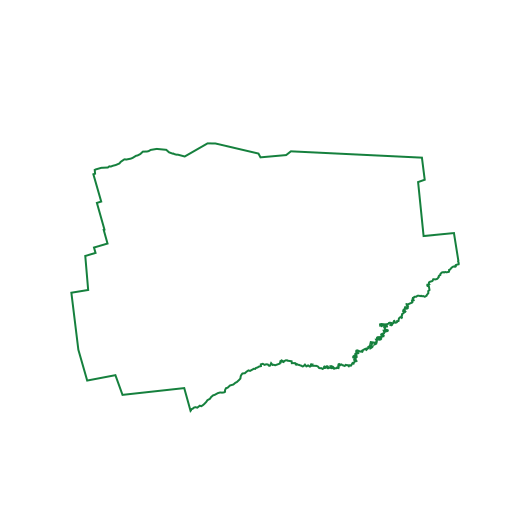 Pelegrini, Santiago del Estero, Argentina, rotated 74°
{"feature_id": "61730980B89830542201766", "entity_name": "Pelegrini", "entity_type": "district", "adm_level": 2, "iso_a3": "ARG", "parent_name": "Argentina", "parent_adm1": "Santiago del Estero", "projection": "natural_earth1", "projection_center": [-63.861, -26.197], "detail": "fine", "context": "isolated", "style": "outline", "palette": "green", "viewbox_px": 512, "rotation_deg": 74, "n_neighbors": 0, "source": "geoboundaries", "source_scale": "gbopen_adm2", "svg_char_len": 6117}
<svg xmlns="http://www.w3.org/2000/svg" viewBox="0 0 512 512"><g transform="rotate(74 256 256)"><path d="M365.3,262.4L365.4,261.8L365.3,261.6L363.9,261.6L363.5,260.4L364.1,260.3L364.1,259.4L365.2,259.0L366.2,259.3L365.3,258.6L364.8,257.8L364.5,256.1L364.9,254.8L365.3,254.6L367.0,250.8L368.9,251.1L369.7,248.0L370.4,247.4L371.2,247.7L371.5,247.4L371.0,246.8L371.3,246.3L372.3,245.4L372.5,244.6L373.5,243.5L373.8,242.8L375.0,241.7L375.0,240.7L373.9,238.9L376.0,238.0L376.0,237.4L375.5,236.3L375.6,235.9L377.0,235.0L377.2,234.4L377.0,233.8L375.3,233.0L375.3,232.7L375.8,232.3L375.9,231.6L377.1,231.9L378.3,228.1L379.6,226.7L380.8,226.4L381.3,225.9L381.9,224.0L382.9,223.2L382.8,222.6L382.1,221.4L381.2,221.0L381.1,220.7L381.5,220.4L382.6,220.8L382.7,220.4L382.1,219.1L381.7,219.4L381.5,218.2L381.8,217.6L382.2,217.4L382.9,217.4L383.1,218.3L383.5,218.2L383.8,217.6L383.6,215.8L384.7,214.2L384.7,213.7L383.8,213.9L383.6,214.3L382.8,214.8L382.5,214.8L382.6,214.0L383.7,212.6L384.5,212.2L385.7,212.3L385.9,212.0L385.6,211.2L386.0,210.2L386.0,209.5L385.5,208.8L385.7,208.3L386.2,208.2L386.5,207.6L385.9,207.2L384.3,207.2L383.4,206.8L382.8,206.4L382.8,205.9L383.4,205.8L384.0,206.3L384.2,206.1L384.3,205.5L383.6,204.3L383.8,203.7L384.9,203.0L385.1,202.3L386.0,201.4L385.8,201.0L386.0,200.3L385.4,199.7L385.5,199.5L385.9,199.0L386.2,198.0L387.5,197.2L386.8,196.5L387.2,196.2L387.4,195.6L387.2,195.3L387.5,194.8L385.5,192.7L385.4,192.3L386.2,191.8L385.3,191.1L384.8,190.2L383.7,189.7L384.7,188.8L384.6,188.4L383.2,189.0L383.0,190.2L382.7,190.2L382.1,189.4L382.5,188.8L382.4,188.6L381.4,188.9L380.7,188.7L380.1,188.8L380.0,189.3L380.5,190.2L380.3,190.5L379.4,190.2L378.8,188.7L380.1,187.7L380.7,187.9L381.0,187.6L380.8,187.1L380.3,187.3L379.8,186.9L378.8,187.5L377.3,187.4L377.2,187.1L377.8,186.6L377.6,184.6L377.0,184.7L377.0,185.3L376.5,186.0L375.4,185.9L375.1,185.4L374.8,185.7L374.6,185.5L374.6,184.7L375.6,183.3L376.6,182.4L376.5,181.9L377.4,180.2L377.2,180.0L376.5,180.5L376.2,180.1L375.5,177.2L375.4,175.9L376.3,176.1L376.7,175.8L375.4,173.8L375.7,173.1L375.3,172.8L374.6,173.2L374.4,173.1L374.5,172.7L373.7,171.5L373.8,171.2L375.0,171.1L375.1,170.3L376.1,170.8L375.9,170.1L375.5,169.2L375.1,168.9L374.3,169.8L373.1,169.6L372.7,169.3L372.5,168.7L371.6,168.1L371.0,169.0L371.3,169.9L370.4,169.4L371.6,166.7L372.8,165.8L373.7,166.4L373.6,165.3L373.4,164.7L372.9,164.9L372.8,165.4L372.3,165.4L371.9,165.0L371.9,164.7L372.5,164.4L372.3,163.9L371.9,163.6L371.0,163.3L369.5,163.6L370.6,159.7L370.5,159.0L370.1,158.5L369.5,158.7L369.5,159.2L370.1,160.0L369.7,160.1L368.9,159.3L368.5,160.8L368.3,161.4L368.5,161.7L369.1,161.7L369.2,162.1L368.4,162.4L367.8,162.1L367.6,161.3L367.7,160.7L368.1,159.4L368.1,158.9L368.6,157.9L368.5,157.4L367.9,156.9L368.3,155.6L367.8,155.3L366.2,157.4L365.8,157.1L365.5,155.5L365.9,154.8L365.6,154.2L364.6,153.7L363.1,153.8L363.3,153.2L364.4,152.2L364.2,151.2L364.4,150.6L364.3,150.1L363.8,149.8L363.1,150.5L362.7,151.6L361.5,152.4L360.6,151.8L359.9,151.9L359.6,152.3L359.0,151.7L359.4,151.1L359.9,149.6L359.6,149.4L358.8,150.1L358.4,150.2L358.0,150.4L357.8,151.1L357.8,151.6L358.0,151.8L357.7,152.7L357.9,154.2L357.6,154.1L357.5,153.8L357.0,153.8L357.3,155.2L357.2,155.8L355.9,155.6L355.9,154.3L357.3,150.9L357.7,148.7L357.5,146.9L357.0,146.6L357.0,145.6L357.8,144.6L357.8,144.2L358.4,144.1L359.4,145.7L359.9,145.1L359.7,144.2L358.5,143.3L358.4,142.5L358.1,142.0L358.1,141.2L357.2,141.8L356.5,141.2L356.5,140.9L358.3,140.7L358.6,140.3L358.6,139.2L358.3,138.6L357.5,138.3L357.8,137.0L355.4,135.8L354.6,134.2L354.9,133.5L355.6,133.0L355.2,132.6L353.8,132.6L353.2,131.9L352.2,131.7L351.4,129.6L350.5,129.1L350.5,128.4L350.8,128.0L350.6,127.7L349.2,128.3L349.2,128.8L349.8,129.6L349.5,129.8L348.4,129.0L348.5,128.6L348.9,128.4L348.9,128.0L347.5,127.6L346.3,126.7L346.5,126.3L347.8,126.6L348.2,125.5L347.9,124.5L347.1,124.4L346.7,123.9L344.5,124.7L343.8,124.5L344.6,122.9L344.2,122.3L343.8,118.8L343.4,118.3L342.1,118.5L341.6,118.1L341.5,117.6L342.0,117.2L342.0,116.7L340.8,116.8L340.3,117.2L339.5,116.7L339.5,115.6L339.0,115.2L338.9,114.6L339.3,113.2L338.8,111.9L338.8,111.1L340.0,108.6L339.8,108.2L340.5,107.3L340.6,106.3L341.7,105.0L341.2,103.0L340.6,102.6L339.2,100.6L337.2,100.1L336.5,98.6L333.0,98.2L332.4,98.7L332.2,99.3L331.7,99.5L330.9,99.2L331.3,97.8L331.1,97.3L330.4,97.6L329.1,97.0L328.7,95.8L328.7,93.7L328.5,93.1L327.2,92.0L328.0,89.8L327.9,88.0L326.6,86.1L326.0,86.1L325.7,85.8L325.3,85.2L325.1,84.1L324.1,83.7L323.1,82.0L323.1,80.5L323.7,79.8L323.5,78.6L324.2,77.4L324.4,75.0L324.1,74.7L322.6,74.2L322.6,73.4L321.1,71.1L320.6,69.6L320.6,68.0L321.2,67.7L321.2,67.1L320.9,66.7L319.8,66.4L319.7,65.1L319.8,63.5L318.7,63.1L316.7,63.2L316.4,62.8L288.5,59.4L283.0,89.4L229.6,79.8L229.2,72.8L207.2,69.4L165.0,193.6L167.3,199.2L162.4,224.5L158.2,225.4L136.6,264.1L134.4,271.6L140.7,297.1L137.1,303.1L136.7,304.5L135.5,306.5L134.8,307.1L134.7,307.8L132.4,311.0L129.2,313.0L125.7,321.9L125.0,328.0L125.6,330.3L125.5,332.0L124.5,336.0L126.1,339.1L126.7,342.1L126.6,343.7L127.7,347.6L127.9,349.6L127.5,354.3L126.9,355.4L126.9,356.2L128.2,360.1L129.4,361.8L129.9,365.8L129.8,368.6L130.0,370.9L129.4,372.3L130.1,374.0L128.6,380.4L128.6,386.0L128.8,387.3L132.5,388.0L132.6,389.8L161.0,389.8L161.1,394.3L188.9,394.4L188.9,395.2L203.1,395.3L203.2,409.4L208.8,409.4L208.9,420.1L242.4,426.7L240.4,443.6L297.1,452.6L329.2,452.6L331.8,424.0L352.7,422.6L363.2,361.4L386.8,361.6L386.4,361.0L385.4,360.8L385.4,359.0L384.7,357.7L384.6,356.0L385.6,354.2L384.4,351.3L385.3,350.0L384.8,348.3L384.1,346.7L382.6,344.1L381.2,342.4L380.6,339.7L379.2,338.0L378.1,335.6L378.1,334.0L377.3,330.5L377.3,328.1L378.0,326.3L378.3,324.4L378.0,323.2L376.5,322.8L374.8,321.3L374.8,319.6L373.3,316.7L373.3,313.2L372.1,310.6L372.0,309.4L370.6,306.6L369.5,304.8L367.3,303.8L366.1,302.7L365.2,301.4L365.6,299.0L364.6,297.0L363.9,294.8L364.8,293.4L363.8,289.1L364.3,287.9L363.6,286.9L363.6,285.3L363.1,283.6L363.2,281.6L361.5,281.2L361.5,279.2L363.0,277.8L362.9,276.1L363.5,274.6L365.2,273.6L365.2,272.6L363.2,271.0L365.3,270.1L365.4,269.0L366.3,267.7L366.0,262.9L365.3,262.4Z" fill="none" stroke="#15803d" stroke-width="2"/></g></svg>